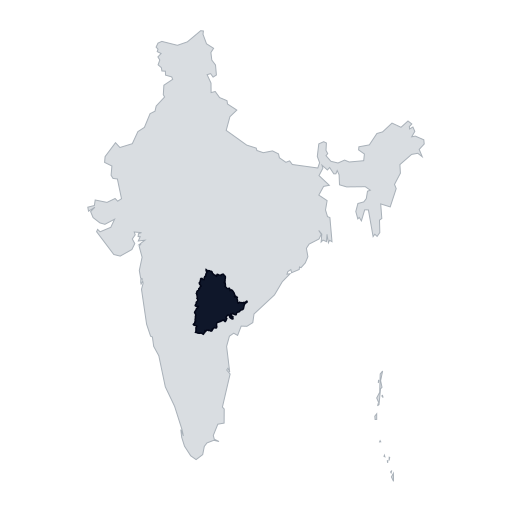 Telangana on a map of India (Equal Earth projection)
{"feature_id": "IND-20011", "entity_name": "Telangana", "entity_type": "State", "adm_level": 1, "iso_a3": "IND", "parent_name": "India", "parent_adm1": "", "projection": "equal_earth", "projection_center": [78.948, 17.86], "detail": "fine", "context": "in_parent", "style": "filled", "palette": "ink", "viewbox_px": 512, "rotation_deg": 0, "n_neighbors": 0, "source": "natural_earth", "source_scale": "10m", "svg_char_len": 9410}
<svg xmlns="http://www.w3.org/2000/svg" viewBox="0 0 512 512"><path d="M87.8,207.2L94.4,205.5L95.2,200.0L107.0,202.4L115.1,198.5L117.7,201.2L121.5,198.7L117.4,179.0L113.0,178.4L111.1,175.3L111.9,166.0L104.6,162.4L105.1,156.6L115.5,142.7L119.9,147.5L132.3,143.7L137.9,131.6L144.4,127.4L150.1,113.6L155.0,111.2L156.2,106.0L164.6,97.0L163.3,94.7L163.9,85.2L172.7,79.3L171.7,76.9L165.5,75.1L165.4,71.2L161.9,71.0L161.4,67.7L158.1,64.8L159.8,60.0L157.9,56.9L161.1,53.5L157.2,51.6L158.0,49.2L156.1,47.1L158.0,43.1L161.8,41.4L177.4,45.3L187.3,41.9L200.7,30.7L203.4,31.0L203.0,34.3L206.5,43.8L213.6,48.3L210.9,52.5L211.8,60.1L215.5,65.0L216.4,75.0L213.1,77.1L210.6,73.6L207.1,74.7L211.0,83.1L211.1,92.6L215.2,91.5L219.6,97.6L227.0,100.7L227.5,104.0L236.8,110.1L229.9,116.7L226.2,130.4L246.7,145.1L256.2,148.1L256.9,150.5L263.3,152.7L272.5,150.9L278.5,153.9L279.4,157.8L285.9,162.3L289.6,160.9L292.3,164.5L317.8,168.0L319.6,162.7L317.3,156.4L318.8,143.9L323.7,141.7L326.4,143.0L326.0,150.4L327.7,153.6L326.0,155.7L330.9,161.3L338.0,163.0L344.6,160.1L349.2,162.0L363.7,160.7L364.4,154.0L358.6,149.9L358.9,146.8L369.3,144.9L376.9,133.5L382.6,131.9L392.0,123.1L401.0,127.3L408.0,121.0L411.8,124.0L409.3,126.6L409.6,129.0L412.9,127.0L414.8,131.4L411.7,136.8L415.3,136.1L423.8,139.8L424.2,144.0L419.2,149.4L422.2,156.7L417.8,153.3L411.6,154.4L399.9,164.6L400.4,173.2L394.5,184.4L396.2,188.6L390.2,206.9L380.7,203.9L381.8,218.5L379.5,220.1L379.8,232.6L377.1,236.4L374.8,234.2L373.1,236.6L368.4,209.9L364.7,209.8L361.4,220.9L359.2,217.4L357.8,218.9L355.8,211.5L357.9,203.5L363.8,201.9L366.3,198.6L367.5,191.2L370.3,190.2L365.3,186.7L346.6,186.9L339.5,184.8L339.1,174.8L337.2,170.6L335.9,173.8L333.8,173.8L329.6,167.5L327.4,170.0L322.0,165.2L322.9,168.2L319.0,175.6L329.3,185.3L323.6,186.4L318.8,195.1L327.1,200.6L325.5,210.0L327.5,216.6L329.9,217.6L332.0,241.7L329.6,240.3L328.4,242.8L327.0,234.3L326.5,241.6L323.0,240.1L321.1,242.0L321.8,234.1L318.7,230.4L321.3,234.3L319.0,239.0L309.1,244.1L306.4,248.3L307.9,256.7L305.3,262.9L301.0,267.7L299.5,267.0L299.2,269.5L291.6,272.7L290.8,269.6L287.8,271.6L287.0,274.2L290.1,273.7L282.3,281.7L274.5,294.9L254.0,314.0L252.8,322.6L246.9,326.3L241.2,326.1L237.6,335.4L233.7,333.2L229.4,336.2L226.6,346.4L229.7,372.0L227.9,368.3L226.7,370.0L230.1,374.0L222.4,407.1L224.2,409.0L224.1,423.1L217.8,424.2L213.3,435.4L214.3,439.2L219.0,441.5L213.8,440.3L207.0,442.9L204.3,446.4L202.7,454.6L196.1,459.6L190.7,455.8L184.5,446.2L181.7,437.3L180.8,429.6L183.4,435.9L182.0,429.6L174.6,406.3L165.3,386.8L158.8,355.7L153.7,346.4L152.4,337.0L150.6,336.2L146.6,324.2L141.5,289.3L143.1,283.3L142.7,281.2L141.1,284.1L140.7,282.4L140.9,278.9L142.9,279.3L140.6,277.9L139.3,270.5L142.1,257.2L139.1,246.1L140.4,244.6L139.0,244.7L144.9,240.2L138.3,241.0L140.2,236.7L138.1,236.6L138.5,233.7L141.5,232.6L134.2,232.0L135.2,234.8L132.3,239.0L134.8,243.6L131.9,249.5L120.2,256.1L113.8,254.5L96.6,231.7L97.6,229.4L100.1,231.8L110.8,227.3L114.6,219.2L104.9,224.3L99.9,222.9L93.1,217.6L90.6,211.6L94.9,207.2L88.5,211.2L87.8,207.2ZM379.1,403.5L376.7,398.0L379.7,392.3L380.2,374.0L382.6,371.0L380.6,380.7L382.0,387.3L380.5,388.9L379.1,403.5ZM393.4,473.3L393.5,481.3L391.4,476.9L393.4,473.3ZM376.7,419.4L375.1,419.5L374.8,416.2L376.7,413.8L376.7,419.4ZM387.8,460.6L387.7,462.9L387.3,460.8L387.8,460.6ZM389.7,457.4L389.1,460.5L389.2,457.2L389.7,457.4ZM391.8,470.5L391.1,472.9L390.6,472.0L391.8,470.5ZM380.7,441.8L379.6,441.9L380.1,440.7L380.7,441.8ZM378.7,404.7L377.6,405.9L378.1,403.9L378.7,404.7ZM382.5,395.4L383.1,397.6L381.8,395.9L382.5,395.4ZM384.9,456.8L384.0,456.4L384.4,455.2L384.9,456.8ZM378.8,380.6L378.3,383.0L378.5,380.4L378.8,380.6Z" fill="#d9dde1" stroke="#a8b0b8" stroke-width="1"/><path d="M196.8,294.7L196.9,294.2L196.3,293.5L196.3,293.3L196.7,292.9L196.8,292.8L196.8,292.2L197.0,291.8L196.9,291.6L197.5,290.7L198.3,290.6L198.5,290.4L198.7,290.1L198.7,289.7L198.7,288.9L198.8,288.6L199.1,288.4L199.6,288.4L200.0,287.2L200.3,286.7L200.7,286.4L200.8,286.4L201.1,286.3L201.1,286.0L201.0,285.9L200.3,285.1L200.3,284.5L199.9,284.4L199.9,284.0L199.8,283.9L199.5,283.9L199.4,283.8L199.3,282.9L199.3,282.7L199.6,282.5L199.9,282.0L200.3,281.7L200.2,281.1L200.5,280.0L200.9,279.4L200.9,279.2L200.6,279.0L200.6,278.9L200.9,278.6L201.1,278.4L201.3,278.4L201.8,278.5L202.1,278.5L202.5,279.2L202.8,279.5L203.4,279.4L203.7,279.5L204.2,279.5L204.3,279.2L204.3,278.9L204.2,278.0L204.3,277.7L204.5,277.3L204.7,276.7L204.9,276.4L205.5,276.3L205.6,276.2L205.8,276.0L205.8,275.7L205.8,274.9L205.8,274.5L206.1,273.8L206.1,273.5L206.4,273.1L206.8,272.7L207.0,272.3L206.9,272.0L206.8,271.9L206.6,271.8L206.5,271.6L206.1,270.4L206.0,270.0L206.1,269.5L206.7,269.9L207.1,270.6L207.8,271.0L208.0,270.9L208.2,270.7L208.5,270.6L208.9,270.8L209.3,270.7L209.5,270.7L210.2,271.1L210.6,271.4L211.4,271.3L211.7,271.6L212.1,272.0L212.5,273.4L213.1,273.8L213.2,274.1L213.7,274.4L213.8,274.6L214.1,274.8L214.2,275.0L214.3,275.1L214.5,275.0L214.8,275.2L215.2,275.2L215.4,275.5L215.8,275.7L216.0,276.1L216.3,276.3L216.5,276.3L216.6,276.1L216.5,275.9L216.6,275.7L216.8,275.3L216.9,275.2L216.9,274.8L217.0,274.5L217.2,274.3L218.1,274.5L218.3,274.6L218.6,275.0L218.8,275.1L220.4,275.2L220.5,275.3L220.7,275.5L220.8,275.6L221.0,275.6L221.1,275.4L221.2,275.2L221.2,274.9L221.3,274.7L221.5,274.6L222.4,274.3L222.5,274.2L223.4,274.2L224.0,275.0L224.2,275.6L225.0,276.0L225.3,276.5L225.4,276.9L225.4,277.3L225.3,278.1L225.3,278.7L225.2,279.1L225.0,279.3L225.0,279.5L225.0,280.3L225.2,281.0L224.9,281.2L224.6,281.5L224.3,281.9L224.2,282.4L224.2,282.9L224.4,283.0L225.1,282.8L225.2,283.1L225.3,284.2L225.4,284.7L225.4,285.5L225.4,285.8L224.9,286.4L225.5,286.9L225.9,287.1L226.6,287.9L226.8,288.4L226.9,288.5L227.9,288.6L228.7,288.5L229.1,288.2L229.3,288.2L229.4,288.4L229.6,288.7L229.6,289.4L229.9,289.9L230.0,290.2L230.3,289.8L230.5,290.1L231.4,289.9L231.6,289.9L231.8,290.0L232.0,290.3L232.4,290.6L232.8,291.0L234.1,293.0L234.2,293.3L234.4,294.0L234.7,294.8L235.0,295.5L235.0,295.9L234.7,296.1L234.5,296.3L234.5,296.6L234.6,296.8L234.8,297.0L235.3,296.9L235.5,296.2L235.9,296.3L236.0,296.5L236.0,297.1L236.1,297.3L236.4,297.4L237.0,297.1L237.3,297.4L237.0,297.9L237.0,298.2L237.0,298.5L237.1,299.1L237.5,300.2L237.6,302.1L237.8,302.7L237.9,303.0L238.1,303.1L238.3,303.2L239.4,302.3L239.6,302.2L240.4,302.6L240.7,302.7L241.5,302.6L242.4,302.7L243.4,303.0L243.6,302.8L243.7,302.4L243.8,302.4L244.0,302.4L244.4,302.7L244.6,302.8L244.9,302.6L245.3,302.1L245.5,302.0L245.9,301.9L246.1,301.8L246.5,301.2L247.0,301.3L247.1,301.8L247.0,302.2L245.2,303.4L244.6,304.3L244.1,305.4L244.0,306.1L243.4,308.8L242.6,309.6L241.2,310.0L240.3,310.4L239.5,311.6L238.5,312.0L237.7,312.1L237.0,312.5L236.5,313.1L236.4,313.6L236.3,314.1L236.1,314.7L235.8,314.8L234.5,314.5L233.9,314.3L233.5,313.7L232.9,313.3L232.3,313.5L231.9,313.8L231.8,314.6L231.5,315.0L231.2,315.0L230.6,314.3L230.5,314.6L230.5,315.2L230.4,315.7L230.5,315.9L231.6,316.6L232.2,316.3L232.6,316.4L232.9,316.6L233.0,317.0L232.6,317.8L232.7,318.1L233.0,318.5L233.0,318.8L232.6,319.0L231.9,318.9L231.2,318.4L230.6,318.1L230.1,317.7L229.8,317.3L229.5,316.5L229.2,315.6L228.9,315.2L228.5,315.0L228.2,315.0L227.7,315.2L226.8,316.0L226.4,316.6L226.1,317.1L225.9,317.6L226.8,318.4L226.5,319.0L226.4,319.7L226.3,319.9L226.2,320.1L225.6,321.1L225.4,321.5L224.9,321.5L224.8,321.4L224.5,320.3L224.3,320.2L223.9,320.5L223.7,320.2L223.2,319.9L223.0,320.0L222.7,320.4L222.6,320.5L222.1,320.5L221.6,320.8L221.1,320.8L221.0,321.2L220.8,321.2L220.6,321.5L220.4,321.5L220.2,321.3L219.7,321.4L219.0,322.1L218.0,322.2L217.2,322.4L217.0,322.7L216.6,323.6L216.6,324.0L216.5,325.3L216.8,326.3L216.6,327.6L216.4,327.9L216.2,328.0L215.9,328.0L215.6,327.9L215.3,327.8L215.1,327.9L214.5,327.6L214.3,327.6L213.1,328.5L212.9,329.1L212.8,329.3L212.6,329.3L212.3,329.1L212.2,329.1L212.1,329.3L212.1,329.5L212.2,330.2L212.1,330.5L211.9,330.8L211.5,331.0L211.2,331.1L210.8,331.1L210.3,330.8L209.9,330.5L209.8,330.4L209.6,330.4L209.0,330.6L208.8,330.6L208.5,330.5L208.2,330.1L207.6,330.2L206.9,330.2L206.6,330.3L206.3,330.7L206.2,330.6L205.9,331.1L205.7,331.2L205.0,330.9L205.1,331.5L204.9,332.0L204.9,332.3L204.6,332.7L204.3,333.0L203.9,333.2L203.8,333.3L203.7,333.5L203.6,334.0L203.3,334.3L201.5,333.2L201.1,333.0L200.9,332.9L200.5,333.2L200.3,333.2L199.6,333.3L199.1,333.2L198.0,333.2L197.8,333.1L197.1,332.7L196.0,332.5L195.5,332.3L195.8,331.8L195.9,331.5L195.9,330.8L196.0,329.8L195.9,328.9L196.0,328.0L196.0,327.4L196.2,327.1L196.6,326.7L196.8,326.5L196.8,326.2L196.5,325.8L196.1,325.5L194.9,325.4L193.7,325.0L193.3,324.4L193.5,324.1L194.6,323.2L194.8,322.5L195.3,322.2L195.5,321.3L195.4,321.1L195.1,321.2L195.2,320.9L195.5,320.5L195.4,320.3L195.1,320.0L195.1,319.7L195.2,319.1L195.2,318.9L195.4,318.7L195.4,316.3L195.8,315.1L195.8,314.9L195.4,314.0L195.3,313.3L195.2,313.2L194.7,313.0L194.6,312.8L194.6,312.4L194.7,312.0L196.2,309.6L196.4,308.8L196.5,308.7L196.9,308.5L197.0,308.4L197.2,308.0L197.4,307.8L198.0,307.6L198.4,306.5L198.4,306.4L198.0,306.4L197.6,306.7L197.4,306.8L197.3,306.7L197.2,306.3L196.6,306.4L196.1,306.3L195.7,306.0L195.3,305.8L195.2,305.5L195.6,304.5L195.8,304.2L196.0,303.9L196.4,303.7L196.6,303.5L196.6,303.1L196.2,302.6L196.3,302.2L196.5,301.9L196.9,301.7L197.6,300.8L197.7,300.5L197.7,299.8L197.5,299.0L197.0,298.5L196.9,298.3L197.0,298.1L197.1,297.9L197.4,297.8L197.4,297.6L197.3,296.8L197.0,295.9L197.1,295.6L197.2,295.2L197.2,294.9L196.8,294.7Z" fill="#0f172a" stroke="#020617" stroke-width="1.5"/></svg>